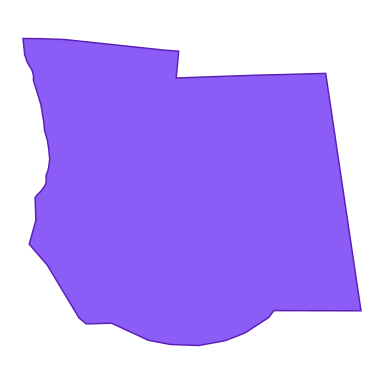 the district of Stewart, Tennessee, United States of America
{"feature_id": "52423323B53848187527532", "entity_name": "Stewart", "entity_type": "district", "adm_level": 2, "iso_a3": "USA", "parent_name": "United States of America", "parent_adm1": "Tennessee", "projection": "orthographic", "projection_center": [-87.951, 36.503], "detail": "fine", "context": "isolated", "style": "filled", "palette": "violet", "viewbox_px": 384, "rotation_deg": 0, "n_neighbors": 0, "source": "geoboundaries", "source_scale": "gbopen_adm2", "svg_char_len": 638}
<svg xmlns="http://www.w3.org/2000/svg" viewBox="0 0 384 384"><path d="M325.7,73.4L288.3,74.4L252.6,75.3L176.2,78.0L178.7,51.2L162.9,50.0L64.4,39.5L41.2,38.7L23.0,38.5L24.7,54.7L27.3,62.5L31.4,69.1L32.5,71.6L33.5,75.8L33.4,80.4L40.9,104.6L43.6,121.1L44.7,131.1L47.5,140.8L48.8,149.6L49.7,159.3L48.6,167.7L47.4,172.3L46.4,174.1L46.0,176.6L46.3,179.4L46.0,182.9L44.8,185.9L40.7,191.4L37.0,195.0L35.1,197.5L35.9,220.3L29.2,244.2L47.2,265.0L79.0,317.9L86.2,323.9L111.5,323.2L148.4,340.3L170.6,344.5L198.7,345.5L225.1,340.7L245.1,332.9L268.7,317.5L273.9,310.6L361.0,310.8L325.7,73.4Z" fill="#8b5cf6" stroke="#5b21b6" stroke-width="1.5"/></svg>